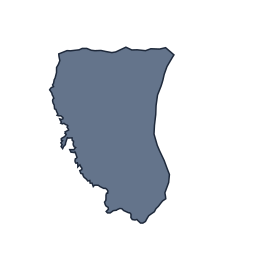 outline of Ora, Larnaca, Cyprus, rotated 249°
{"feature_id": "46923920B82922996247104", "entity_name": "Ora", "entity_type": "district", "adm_level": 2, "iso_a3": "CYP", "parent_name": "Cyprus", "parent_adm1": "Larnaca", "projection": "orthographic", "projection_center": [33.206, 34.856], "detail": "fine", "context": "isolated", "style": "filled", "palette": "slate", "viewbox_px": 256, "rotation_deg": 249, "n_neighbors": 0, "source": "geoboundaries", "source_scale": "gbopen_adm2", "svg_char_len": 2349}
<svg xmlns="http://www.w3.org/2000/svg" viewBox="0 0 256 256"><g transform="rotate(249 128 128)"><path d="M172.3,66.3L171.8,66.6L171.2,67.3L168.6,67.3L166.1,67.5L165.3,66.3L164.2,67.6L163.5,69.6L161.1,71.0L159.9,70.6L159.8,69.0L161.0,67.5L159.8,67.5L157.4,68.0L156.6,66.9L155.4,68.1L155.3,69.9L153.7,70.9L152.4,72.3L151.5,72.6L150.7,71.4L148.6,71.9L147.4,71.8L146.9,67.8L145.6,67.9L145.5,67.3L144.0,67.9L142.9,66.3L142.4,64.3L142.3,63.0L141.9,61.8L140.4,61.4L139.6,62.3L138.2,60.0L136.1,60.5L134.7,58.9L132.2,59.6L133.8,61.2L134.4,62.6L135.0,63.6L135.9,64.1L136.7,64.6L138.3,65.9L140.7,67.9L139.9,68.8L138.9,72.2L136.4,71.5L135.2,72.4L133.7,71.7L132.9,71.1L131.7,70.8L130.7,71.0L129.9,70.9L128.5,72.1L127.2,69.7L128.7,65.9L125.9,66.1L124.1,69.4L124.6,69.9L124.0,70.1L120.7,69.9L118.8,69.9L118.1,68.7L118.1,67.8L116.5,66.8L115.3,66.5L113.7,66.8L113.6,68.3L112.5,68.2L110.8,67.7L109.7,67.2L110.8,69.9L108.6,70.1L107.0,70.6L105.7,69.9L105.5,67.7L102.5,67.7L101.2,69.3L99.7,69.0L97.8,69.3L95.2,70.8L92.9,71.5L92.7,73.5L90.1,72.9L89.3,74.7L85.8,74.6L86.6,76.1L86.1,77.7L85.1,79.8L83.3,80.9L80.4,83.6L79.7,85.4L78.2,86.3L76.4,86.7L74.4,85.6L74.8,84.6L73.2,83.4L69.9,82.1L68.3,81.3L67.2,79.5L64.5,79.3L62.9,79.6L61.0,81.0L59.2,80.6L57.9,77.7L56.1,78.4L55.1,80.9L56.1,84.7L55.4,87.6L55.7,88.9L55.8,91.5L54.9,93.3L52.5,94.4L48.7,98.1L48.3,99.2L46.4,99.9L45.4,99.5L43.3,98.6L41.0,99.2L39.6,101.6L39.4,103.5L37.7,104.2L34.8,105.6L33.9,107.8L34.5,110.8L36.5,113.1L38.7,115.9L39.5,118.9L40.4,122.6L42.7,125.2L44.0,128.3L46.3,132.0L47.5,134.1L48.4,137.9L50.7,138.5L54.3,139.2L62.5,146.4L69.7,150.0L76.6,150.0L84.7,150.1L95.2,149.3L101.4,149.1L113.0,150.1L121.1,153.7L130.6,158.7L138.8,162.2L148.2,167.4L155.2,173.8L157.8,175.9L160.3,177.8L165.1,181.0L171.4,186.4L178.1,194.8L179.8,197.1L189.5,191.9L190.4,185.7L193.8,177.7L193.9,172.1L197.7,164.6L199.5,159.5L204.2,155.0L203.4,143.7L204.2,139.9L207.3,134.8L210.1,130.5L212.0,124.9L213.7,121.6L217.1,118.0L218.7,113.7L218.5,110.4L220.7,101.9L222.1,98.8L222.0,89.9L219.5,89.2L215.3,88.5L215.2,88.4L212.4,85.9L210.1,83.0L205.3,81.1L200.7,77.8L199.5,76.4L196.4,74.5L195.3,73.0L193.3,73.3L193.2,70.9L192.6,69.7L191.7,68.5L189.9,69.0L187.7,69.4L186.1,69.1L184.7,69.4L182.3,69.4L181.7,68.1L180.4,67.3L178.2,67.0L175.8,67.3L174.5,66.9L172.9,66.5L172.3,66.3Z" fill="#64748b" stroke="#1e293b" stroke-width="1.5"/></g></svg>